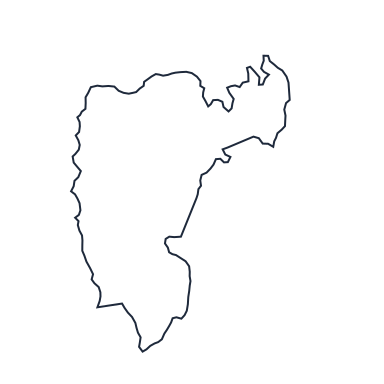 Catanduvas, Santa Catarina, Brazil (Equal Earth projection), rotated 160°
{"feature_id": "56859067B88900604715263", "entity_name": "Catanduvas", "entity_type": "district", "adm_level": 2, "iso_a3": "BRA", "parent_name": "Brazil", "parent_adm1": "Santa Catarina", "projection": "equal_earth", "projection_center": [-51.711, -27.031], "detail": "fine", "context": "isolated", "style": "outline", "palette": "slate", "viewbox_px": 384, "rotation_deg": 160, "n_neighbors": 0, "source": "geoboundaries", "source_scale": "gbopen_adm2", "svg_char_len": 2425}
<svg xmlns="http://www.w3.org/2000/svg" viewBox="0 0 384 384"><g transform="rotate(160 192 192)"><path d="M293.0,58.9L288.6,59.7L283.8,61.7L278.9,62.5L275.2,62.5L270.7,63.9L266.4,68.4L262.7,71.1L259.4,73.8L256.2,76.6L253.4,80.0L249.5,79.6L245.3,76.6L241.1,78.8L237.5,82.2L234.3,87.9L231.4,94.6L228.5,99.9L226.1,104.9L223.9,108.8L223.0,113.7L221.4,117.8L220.1,123.2L221.7,129.1L225.5,134.1L228.6,138.2L231.7,140.3L234.1,143.2L233.7,148.0L235.0,152.9L232.8,156.9L228.6,157.8L224.2,155.7L217.7,153.8L189.9,184.7L187.4,187.9L185.0,192.5L181.4,194.8L180.3,200.0L177.1,204.8L171.7,205.2L166.6,207.7L162.4,210.4L158.3,214.7L154.0,213.5L151.8,208.9L148.1,207.8L143.9,211.8L147.9,215.8L148.6,221.6L143.4,221.6L115.3,223.0L110.8,219.7L109.0,213.3L104.0,211.3L100.2,206.7L97.4,211.5L94.6,214.1L91.6,218.0L86.4,219.9L82.1,222.1L79.6,228.1L78.0,231.8L77.1,237.9L73.2,243.4L68.7,245.1L63.9,261.8L63.7,268.1L65.6,275.3L68.9,279.4L71.2,283.7L74.1,288.4L73.9,293.9L78.2,295.6L79.7,290.8L82.3,287.8L84.8,284.4L83.3,280.3L79.6,276.0L84.5,273.6L88.7,268.8L92.5,269.9L89.4,276.7L91.8,283.2L94.5,289.8L97.9,289.8L98.6,284.1L101.1,276.7L106.9,277.4L111.3,274.3L115.1,277.4L119.2,278.1L123.3,278.0L123.0,272.4L121.0,265.2L123.6,261.6L126.2,257.0L130.1,255.2L133.3,261.1L132.6,266.4L136.1,269.7L140.7,271.1L144.3,268.1L147.5,266.9L148.2,272.6L149.1,278.0L147.4,281.8L145.0,285.3L147.9,288.9L146.1,293.3L147.9,298.7L151.5,303.8L156.3,306.9L161.9,308.6L166.8,309.8L170.6,310.3L174.6,310.3L179.4,311.2L182.6,313.5L185.7,315.2L190.5,314.4L195.0,313.1L199.3,311.9L201.1,308.3L205.7,307.1L210.3,305.0L213.6,305.4L217.8,306.0L222.4,308.6L226.3,312.2L228.9,317.6L234.2,320.2L240.1,321.9L244.6,324.3L251.2,325.1L255.6,320.7L259.6,317.4L261.5,311.9L263.7,306.6L268.1,305.2L270.9,302.6L274.2,301.4L273.7,296.2L274.9,292.1L277.6,287.0L281.9,284.9L281.1,279.5L281.4,274.6L283.9,270.5L288.7,267.6L292.0,266.2L293.1,260.1L291.3,255.1L289.3,249.7L293.8,244.8L298.6,242.7L301.2,237.9L305.4,234.0L302.7,229.8L301.9,225.1L301.5,219.9L303.1,213.0L306.1,209.2L310.6,207.8L308.6,203.4L310.6,200.0L311.0,194.2L310.2,188.8L311.5,184.0L313.3,179.4L315.2,174.3L314.9,169.1L315.0,162.7L313.8,155.3L313.1,148.6L316.2,144.2L314.9,139.6L312.2,134.6L312.4,129.1L313.7,125.2L316.0,121.2L320.3,116.0L295.9,111.1L295.0,106.1L293.5,100.6L291.1,95.1L290.0,88.3L290.6,83.3L290.9,78.3L290.0,73.0L292.5,68.4L294.7,64.6L293.0,58.9Z" fill="none" stroke="#1e293b" stroke-width="2"/></g></svg>